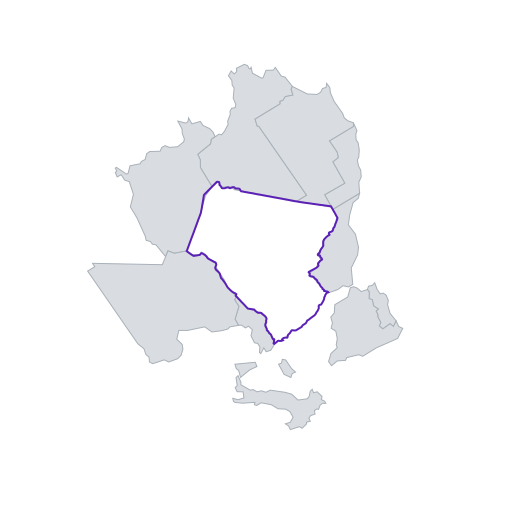 Algeria highlighted among its neighbors, rotated 149°
{"feature_id": "DZA", "entity_name": "Algeria", "entity_type": "country or territory", "adm_level": 0, "iso_a3": "DZA", "parent_name": "Africa", "parent_adm1": "", "projection": "equal_earth", "projection_center": [1.791, 28.04], "detail": "fine", "context": "with_neighbors", "style": "outline", "palette": "violet", "viewbox_px": 512, "rotation_deg": 149, "n_neighbors": 10, "source": "natural_earth", "source_scale": "50m", "svg_char_len": 10222}
<svg xmlns="http://www.w3.org/2000/svg" viewBox="0 0 512 512"><g transform="rotate(149 256 256)"><path d="M166.3,256.3L165.6,273.2L142.4,272.7L141.7,297.2L134.9,298.0L133.0,303.0L133.8,316.9L105.6,316.9L103.9,320.1L104.9,311.5L107.8,308.9L110.4,303.9L110.1,300.6L112.8,293.8L117.1,287.7L119.6,286.2L121.7,280.6L122.1,275.6L125.0,269.7L129.9,266.2L135.0,256.3L166.3,256.3Z" fill="#d9dde1" stroke="#a8b0b8" stroke-width="1"/><path d="M142.3,407.7L141.7,397.2L139.0,394.4L137.5,382.6L140.0,380.8L141.4,374.9L148.8,377.5L152.9,375.5L155.8,376.2L156.9,374.0L186.3,373.8L188.0,366.9L186.8,365.7L181.3,282.0L192.2,281.9L240.3,323.9L242.0,328.4L249.9,332.8L250.0,339.0L258.0,338.0L258.1,360.5L254.2,367.1L253.6,373.2L237.1,375.6L234.3,379.1L224.9,379.5L223.1,377.6L219.1,379.0L212.2,383.1L210.8,386.2L205.0,390.7L204.0,393.2L200.9,395.2L197.4,393.9L195.3,396.3L194.2,403.1L188.2,411.3L188.4,414.7L186.3,418.9L186.8,424.7L182.0,427.4L180.9,423.2L177.4,424.1L176.1,427.0L167.3,426.3L165.1,423.5L165.5,420.5L164.6,419.3L163.0,420.3L164.9,414.5L159.5,405.4L158.0,405.2L151.8,410.0L145.4,406.4L142.3,407.7Z" fill="#d9dde1" stroke="#a8b0b8" stroke-width="1"/><path d="M103.9,320.1L105.6,316.9L133.8,316.9L133.0,303.0L134.9,298.0L141.7,297.2L142.4,272.7L165.6,273.2L166.1,258.9L192.2,281.9L181.3,282.0L186.8,365.7L188.0,366.9L186.3,373.8L156.9,374.0L155.8,376.2L152.9,375.5L148.8,377.5L141.4,374.9L140.0,380.8L137.5,382.6L128.6,368.5L120.4,363.0L116.3,363.1L112.7,365.3L109.1,364.4L106.5,367.6L106.0,362.3L108.2,357.5L109.4,348.2L108.3,333.7L109.2,328.9L107.5,324.3L103.9,320.1Z" fill="#d9dde1" stroke="#a8b0b8" stroke-width="1"/><path d="M333.8,302.1L336.0,317.1L338.8,319.6L339.0,322.7L342.1,326.0L340.7,330.2L338.4,350.0L338.4,362.8L329.3,372.0L326.3,385.0L329.5,388.7L329.6,395.1L334.3,395.3L333.6,400.0L331.6,400.5L331.4,403.7L330.0,403.9L324.9,393.0L323.1,392.7L317.5,398.2L307.7,394.7L305.6,396.1L301.3,395.8L297.0,400.0L293.3,400.3L284.3,395.2L280.8,397.6L277.1,397.4L274.3,393.7L266.9,390.0L259.0,391.2L257.1,393.3L256.1,399.0L254.0,403.0L253.5,411.9L247.8,406.1L245.2,406.2L242.7,409.1L242.9,402.3L234.4,400.0L234.2,395.2L230.0,388.8L229.0,384.3L229.6,379.5L234.3,379.1L237.1,375.6L253.6,373.2L254.2,367.1L258.1,360.5L258.0,338.0L268.2,333.7L288.9,314.6L313.1,296.2L324.6,300.4L328.8,305.7L333.8,302.1Z" fill="#d9dde1" stroke="#a8b0b8" stroke-width="1"/><path d="M293.6,231.6L290.2,215.1L280.0,203.7L279.2,196.8L283.3,191.8L284.7,184.3L283.4,175.8L284.7,171.2L291.9,167.6L296.6,168.7L296.6,173.2L302.2,169.9L302.7,171.6L299.5,176.0L299.6,180.2L302.0,182.4L301.4,190.2L297.1,194.7L298.6,199.7L302.1,199.8L304.0,204.2L306.7,205.6L306.5,212.6L296.6,221.7L296.9,229.5L293.6,231.6Z" fill="#d9dde1" stroke="#a8b0b8" stroke-width="1"/><path d="M169.3,128.2L174.5,124.8L176.0,128.9L184.8,128.2L186.4,132.5L183.3,134.8L182.9,141.5L181.8,142.8L181.4,146.9L178.5,147.6L180.9,152.8L178.8,158.6L181.0,161.2L177.4,166.9L177.8,169.9L175.0,172.2L171.5,170.9L168.0,171.9L169.4,165.0L169.0,159.5L166.1,158.7L164.6,155.4L165.5,149.7L168.3,146.5L170.6,137.8L169.3,128.2Z" fill="#d9dde1" stroke="#a8b0b8" stroke-width="1"/><path d="M177.8,169.9L177.4,166.9L181.0,161.2L178.8,158.6L180.9,152.8L178.5,147.6L181.4,146.9L181.8,142.8L182.9,141.5L183.3,134.8L186.4,132.5L184.8,128.2L176.0,128.9L174.5,124.8L169.3,128.2L170.0,122.1L167.5,118.4L177.0,112.4L200.3,115.3L216.2,115.1L218.7,118.4L230.6,122.2L233.0,120.4L240.3,124.2L247.8,123.1L248.2,128.1L242.0,133.8L233.6,135.6L233.0,138.5L228.9,143.3L226.3,150.4L228.8,155.4L224.9,159.3L223.4,165.1L218.3,166.8L213.5,173.7L198.5,173.6L191.5,180.2L188.2,179.4L185.8,176.4L184.1,171.3L177.8,169.9Z" fill="#d9dde1" stroke="#a8b0b8" stroke-width="1"/><path d="M294.6,86.4L298.4,87.5L299.1,86.0L305.2,84.6L306.8,87.4L316.0,89.5L315.6,93.5L317.3,97.0L312.2,95.8L307.2,98.8L307.1,105.2L309.5,109.5L315.8,113.7L319.5,120.7L327.2,127.5L332.3,127.5L334.0,129.4L332.3,131.1L343.4,136.8L349.4,141.3L350.2,142.9L349.2,146.0L345.3,142.0L339.4,140.6L337.0,146.2L342.1,149.4L341.6,154.0L338.8,154.5L335.8,162.0L333.0,162.7L334.0,155.3L335.3,153.4L330.0,144.0L327.2,142.9L325.1,139.1L320.7,137.6L317.7,134.1L312.8,133.6L301.2,124.1L296.6,119.2L294.2,110.9L285.6,107.2L282.7,108.3L279.1,112.2L276.4,112.8L277.1,109.2L273.5,108.1L271.7,101.7L273.9,99.2L271.9,96.1L272.1,93.7L274.9,95.5L277.9,95.1L281.4,92.3L282.5,93.6L285.5,93.4L286.8,90.1L291.5,91.1L294.2,89.7L294.6,86.4ZM320.0,161.6L331.8,159.9L329.8,166.8L330.9,169.6L329.8,174.1L311.4,165.3L312.1,160.8L320.0,161.6ZM285.5,136.6L288.7,133.9L292.9,140.1L292.4,151.6L289.3,151.0L286.7,153.9L284.1,151.6L283.5,141.1L281.9,136.2L285.5,136.6Z" fill="#d9dde1" stroke="#a8b0b8" stroke-width="1"/><path d="M138.6,252.8L145.2,251.8L154.6,242.9L160.8,235.1L159.5,223.6L163.6,210.8L168.3,204.6L180.5,196.7L187.7,181.8L192.7,181.9L196.7,185.7L203.1,185.1L213.1,187.2L215.6,192.9L218.1,208.1L219.9,210.0L218.6,213.6L209.6,215.1L206.4,218.5L202.4,219.3L201.9,226.2L193.7,229.8L191.0,234.5L178.2,238.4L166.6,245.3L166.3,256.3L135.0,256.3L138.6,252.8Z" fill="#d9dde1" stroke="#a8b0b8" stroke-width="1"/><path d="M402.5,241.6L408.1,329.8L399.8,329.8L399.9,333.9L340.8,296.8L328.8,305.7L324.6,300.4L313.1,296.2L309.8,290.2L304.1,285.8L300.8,287.5L298.1,282.2L297.8,278.1L293.4,271.2L296.1,267.2L295.5,251.9L296.6,244.2L293.6,231.6L296.9,229.5L296.6,221.7L306.5,212.6L306.7,205.6L314.9,208.7L317.7,207.9L323.5,209.5L332.9,213.6L336.5,221.7L352.9,227.4L360.5,232.0L366.8,225.4L364.8,218.3L366.6,213.8L371.3,209.5L376.0,208.3L385.4,210.1L388.1,214.2L400.0,216.9L401.9,220.0L399.8,224.4L401.1,228.4L399.8,234.1L402.5,241.6Z" fill="#d9dde1" stroke="#a8b0b8" stroke-width="1"/><path d="M285.7,171.3L285.9,171.8L285.9,172.2L285.3,172.6L284.9,172.9L284.4,174.0L283.5,174.8L283.3,175.0L283.3,175.3L284.0,175.6L284.2,175.9L284.3,176.4L284.1,178.0L283.9,179.2L283.7,180.8L283.8,181.5L284.0,182.2L284.3,182.8L284.4,183.4L284.3,185.0L284.7,186.0L284.9,186.8L284.4,187.9L284.2,188.9L284.1,190.2L284.0,191.1L283.7,191.9L283.2,192.6L282.7,193.1L282.1,193.5L281.3,194.0L280.7,195.4L279.4,196.6L279.2,197.0L279.1,197.9L279.1,199.2L279.4,200.3L280.0,201.8L280.6,203.5L280.8,204.4L281.0,204.7L281.8,205.3L283.2,206.0L283.5,206.3L284.2,207.5L284.9,209.6L285.1,211.0L286.4,212.1L287.6,213.1L288.7,214.0L289.9,215.0L290.1,215.3L290.6,217.4L291.0,219.5L291.5,221.8L292.1,224.1L292.6,226.8L293.0,228.3L293.4,230.2L293.9,232.4L293.2,232.8L292.5,233.4L293.0,234.6L294.2,236.4L294.9,237.9L295.1,238.5L295.7,240.4L296.1,242.2L296.3,242.8L296.5,244.1L296.4,247.9L296.8,252.8L297.3,255.2L296.7,257.4L296.2,259.5L296.2,260.6L296.6,262.2L296.9,263.4L297.3,264.1L297.3,266.1L297.1,266.9L295.9,267.9L294.6,268.9L294.2,269.8L294.1,270.7L294.3,271.5L295.3,273.1L296.8,275.7L298.4,278.5L298.6,279.2L298.7,281.1L299.4,283.6L300.1,284.7L300.4,285.5L300.9,286.1L301.4,286.5L301.7,286.6L303.5,285.9L306.5,287.0L309.4,288.2L309.6,288.4L310.3,289.8L311.4,292.2L312.2,294.1L312.9,295.8L309.3,298.7L305.6,301.7L302.0,304.6L298.3,307.5L294.6,310.5L291.0,313.4L287.3,316.4L283.6,319.3L281.1,321.3L279.6,323.0L277.6,325.2L275.8,327.4L274.3,329.1L272.4,331.3L271.5,332.4L269.4,334.9L268.7,335.3L265.9,336.0L263.3,336.7L260.9,337.3L259.3,337.7L257.7,338.1L255.4,338.7L253.8,339.1L252.0,339.6L251.7,339.6L251.4,339.7L251.2,339.6L250.7,339.4L250.1,338.8L249.7,338.5L249.6,338.1L249.8,337.5L250.1,336.9L250.2,336.5L250.4,336.2L250.6,335.9L250.7,335.5L250.4,334.9L250.3,334.1L250.3,332.5L250.3,332.0L250.3,331.8L249.7,331.2L248.7,330.6L247.8,330.2L247.4,330.1L246.4,329.9L245.0,329.4L244.5,329.2L243.6,327.7L243.1,327.4L241.0,327.1L240.3,326.9L239.8,326.6L239.3,326.1L239.0,325.3L238.9,324.7L238.7,324.4L236.4,322.9L235.8,322.3L235.5,321.8L235.5,321.1L235.6,320.3L235.5,319.5L235.4,319.1L234.3,318.2L232.0,316.1L229.6,314.0L227.2,312.0L224.9,309.9L222.6,307.8L220.2,305.8L217.9,303.7L215.5,301.6L213.2,299.6L210.9,297.5L208.6,295.5L206.2,293.4L203.9,291.4L201.6,289.3L199.3,287.3L197.0,285.2L195.1,283.5L192.9,281.7L191.3,280.3L189.8,279.0L188.1,277.6L187.0,276.7L185.6,275.6L184.3,274.6L183.0,273.5L181.7,272.5L180.4,271.4L179.1,270.4L177.8,269.3L176.5,268.3L175.2,267.2L173.9,266.2L172.6,265.2L171.3,264.1L170.0,263.1L168.7,262.0L167.4,261.0L166.1,259.9L166.2,258.0L166.2,256.4L166.3,254.1L166.3,252.2L166.4,250.2L166.5,248.8L166.5,247.4L166.6,246.7L167.4,246.0L168.6,244.9L169.0,244.5L169.6,244.0L171.5,242.6L171.9,242.2L173.7,240.6L174.2,240.3L175.1,240.2L175.5,239.9L176.1,239.2L176.9,238.5L177.5,238.1L177.9,238.0L179.6,238.2L180.3,238.4L181.1,238.5L181.4,238.4L181.6,238.2L182.0,237.7L182.0,237.1L182.1,236.5L182.1,236.3L182.3,236.2L182.6,236.2L183.1,236.3L184.1,236.3L184.5,236.2L185.6,236.1L187.2,235.7L188.5,235.3L189.5,234.9L190.6,234.0L191.4,233.0L192.3,231.5L193.0,230.2L194.3,229.4L195.4,228.9L196.1,228.7L197.5,228.0L198.7,227.0L199.9,226.0L200.8,225.9L201.9,225.7L202.1,225.6L202.4,225.2L202.4,224.6L202.1,224.2L201.7,224.0L201.4,223.7L201.1,223.7L201.0,223.4L201.1,222.9L201.2,222.4L201.3,221.9L201.3,221.2L201.0,220.5L201.0,220.0L201.0,219.5L201.1,219.1L201.5,218.9L202.0,218.8L202.7,218.9L203.8,218.7L206.8,217.5L207.0,217.2L207.2,216.3L207.4,215.6L207.7,215.4L207.9,215.3L208.8,215.1L210.2,214.8L210.7,214.8L212.2,214.9L213.3,214.9L215.1,215.0L216.4,215.1L217.5,215.1L218.8,215.2L219.2,215.0L219.2,214.5L219.0,213.5L219.1,212.9L219.7,212.3L220.3,211.7L220.0,210.9L219.5,210.4L218.8,209.8L218.4,209.5L217.7,208.8L217.3,207.9L217.1,206.2L216.6,205.2L216.2,203.9L216.6,201.7L216.1,200.3L216.0,199.7L216.0,199.0L216.2,197.8L216.1,196.1L215.6,194.4L215.8,193.8L216.0,193.5L215.9,193.2L215.4,192.7L215.2,192.2L215.3,191.8L215.6,191.2L215.6,190.9L214.7,190.2L213.3,188.9L212.9,188.4L212.7,187.7L214.1,187.9L214.8,187.8L216.5,187.0L217.8,185.9L218.8,185.4L219.7,184.2L220.5,183.5L221.7,182.7L225.0,180.9L225.5,180.9L226.6,181.3L227.6,181.2L228.2,180.6L228.9,179.1L230.0,178.2L231.4,177.3L233.3,176.5L234.5,175.7L236.4,175.0L241.3,174.6L243.7,174.2L245.4,174.3L247.1,173.1L248.0,172.7L251.7,172.6L253.4,171.7L260.0,171.7L260.8,172.0L261.6,172.5L263.0,173.6L263.7,173.9L264.5,173.6L266.5,172.5L268.8,172.0L270.0,171.3L270.6,170.3L271.6,170.0L272.2,170.7L274.6,171.5L276.1,171.3L276.7,171.0L276.4,169.9L278.0,170.2L279.2,170.8L280.4,171.8L281.2,172.0L282.7,171.6L285.7,171.3Z" fill="none" stroke="#5b21b6" stroke-width="2"/></g></svg>